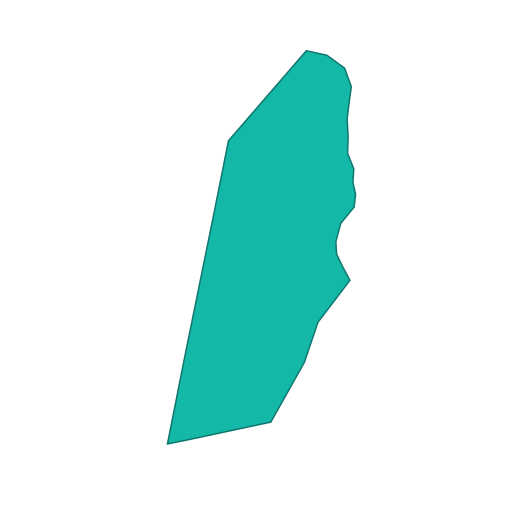 Serra da Raiz, Paraíba, Brazil, rotated 329°
{"feature_id": "56859067B1643562495133", "entity_name": "Serra da Raiz", "entity_type": "district", "adm_level": 2, "iso_a3": "BRA", "parent_name": "Brazil", "parent_adm1": "Paraíba", "projection": "albers", "projection_center": [-35.442, -6.704], "detail": "fine", "context": "isolated", "style": "filled", "palette": "teal", "viewbox_px": 512, "rotation_deg": 329, "n_neighbors": 0, "source": "geoboundaries", "source_scale": "gbopen_adm2", "svg_char_len": 482}
<svg xmlns="http://www.w3.org/2000/svg" viewBox="0 0 512 512"><g transform="rotate(329 256 256)"><path d="M183.2,406.0L242.8,372.0L275.0,344.7L324.0,325.2L324.8,308.9L326.1,295.8L331.8,284.9L345.4,271.7L365.3,264.6L373.1,254.5L377.1,242.6L384.7,231.7L387.4,215.2L396.5,201.0L404.8,185.3L415.9,171.1L424.9,160.0L428.7,140.7L420.2,120.5L404.8,106.0L291.8,143.0L242.0,197.7L140.1,308.9L83.3,371.5L102.7,378.4L183.2,406.0Z" fill="#14b8a6" stroke="#0f766e" stroke-width="1.5"/></g></svg>